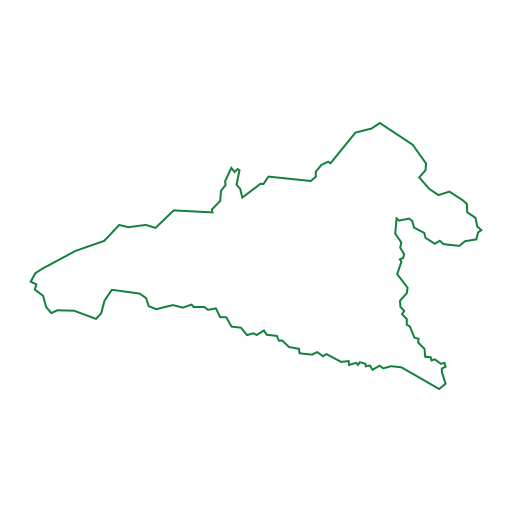 outline of Maua, Niassa, Mozambique
{"feature_id": "85939544B33000714085001", "entity_name": "Maua", "entity_type": "district", "adm_level": 2, "iso_a3": "MOZ", "parent_name": "Mozambique", "parent_adm1": "Niassa", "projection": "orthographic", "projection_center": [37.153, -13.899], "detail": "medium", "context": "isolated", "style": "outline", "palette": "green", "viewbox_px": 512, "rotation_deg": 0, "n_neighbors": 0, "source": "geoboundaries", "source_scale": "gbopen_adm2", "svg_char_len": 1914}
<svg xmlns="http://www.w3.org/2000/svg" viewBox="0 0 512 512"><path d="M30.7,281.7L36.3,284.3L34.8,289.6L43.1,295.8L46.1,307.0L51.3,313.1L57.3,310.3L74.0,310.7L96.0,318.9L101.2,313.3L104.5,300.7L111.8,289.8L139.7,293.6L146.1,298.1L148.7,306.1L156.1,309.2L172.9,305.1L182.8,307.6L191.6,304.6L193.6,307.0L204.2,307.0L208.0,309.8L215.9,308.4L220.1,317.1L226.3,317.3L231.5,326.6L241.0,327.7L247.0,335.1L253.5,333.3L256.7,335.0L263.9,330.5L266.8,334.8L276.8,335.9L278.9,340.7L282.2,340.5L288.9,347.0L298.9,348.8L299.6,353.3L312.1,354.6L317.2,352.1L323.0,356.2L326.4,354.1L341.2,361.9L348.6,361.1L349.1,365.0L356.1,362.8L358.0,364.9L359.8,362.2L365.4,363.8L365.8,366.3L369.9,365.6L372.5,369.8L379.6,365.7L383.2,368.3L391.2,366.2L401.4,367.3L439.1,389.0L445.6,383.7L441.9,372.3L441.8,368.6L445.5,366.7L444.5,362.9L440.9,363.8L434.7,359.3L431.5,360.5L430.6,357.2L425.2,356.8L424.5,348.9L418.1,342.6L418.6,338.8L414.4,337.6L409.9,326.6L406.7,324.6L406.8,319.0L402.0,314.2L404.2,310.9L400.4,306.9L400.0,300.7L406.7,293.3L407.6,287.8L397.2,274.1L401.4,261.7L399.9,259.3L403.2,258.0L404.1,254.2L400.2,247.6L401.3,242.4L395.2,233.6L396.6,218.4L399.2,220.6L409.1,218.6L412.3,221.1L414.0,227.6L424.2,232.9L425.5,237.8L434.8,243.8L439.8,240.8L443.4,244.1L459.3,245.9L465.0,241.2L476.3,239.4L478.1,232.4L481.3,230.1L477.2,226.4L475.5,217.8L467.2,212.3L466.9,204.0L462.8,200.3L449.4,191.6L438.5,195.1L429.4,189.0L419.2,177.4L425.5,170.3L426.1,163.6L412.6,144.7L379.8,123.0L371.6,128.5L355.4,132.6L330.5,163.3L328.1,161.7L321.3,165.0L315.8,171.7L315.8,176.8L310.7,181.0L268.5,176.6L263.4,184.1L260.6,183.7L242.3,197.6L240.2,188.9L236.5,184.6L239.5,170.3L237.6,169.1L234.6,172.0L231.3,167.9L225.1,181.3L225.6,185.0L221.0,190.8L220.2,200.9L211.9,209.5L212.4,212.4L173.7,210.4L155.5,227.9L145.8,224.9L128.4,227.2L119.2,225.0L104.2,240.9L75.7,250.8L42.7,268.5L35.3,273.2L30.7,281.7Z" fill="none" stroke="#15803d" stroke-width="2"/></svg>